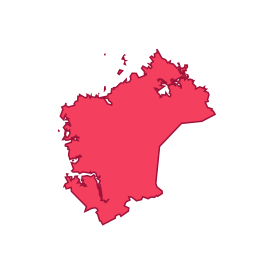 the district of Huon Valley, Tasmania, Australia, rotated 143°
{"feature_id": "25037944B40163460524303", "entity_name": "Huon Valley", "entity_type": "district", "adm_level": 2, "iso_a3": "AUS", "parent_name": "Australia", "parent_adm1": "Tasmania", "projection": "robinson", "projection_center": [146.517, -43.294], "detail": "fine", "context": "isolated", "style": "filled", "palette": "rose", "viewbox_px": 256, "rotation_deg": 143, "n_neighbors": 0, "source": "geoboundaries", "source_scale": "gbopen_adm2", "svg_char_len": 5906}
<svg xmlns="http://www.w3.org/2000/svg" viewBox="0 0 256 256"><g transform="rotate(143 128 128)"><path d="M50.2,86.5L49.7,90.1L50.7,91.9L49.3,92.6L52.1,96.5L50.8,102.1L47.9,101.0L47.3,102.9L43.3,105.9L42.7,108.2L44.8,111.4L41.9,111.8L43.6,113.6L42.2,114.9L44.1,114.8L46.0,117.7L50.5,118.5L48.9,120.6L49.6,124.7L47.0,126.1L48.3,126.8L47.6,127.6L49.0,129.6L49.7,130.0L50.1,129.7L50.8,129.8L50.7,132.6L53.8,132.4L52.8,134.2L56.9,136.1L58.3,134.5L60.0,135.2L61.1,133.8L59.7,132.7L60.0,131.1L61.3,130.3L60.1,129.8L62.0,127.4L60.7,129.3L62.4,130.7L62.7,133.7L64.3,135.7L64.4,133.4L64.7,133.3L65.2,135.6L68.0,137.1L71.2,136.6L71.8,132.8L74.0,131.0L73.5,129.0L75.5,127.7L76.5,128.9L76.5,133.5L78.2,131.7L80.8,134.2L82.2,132.6L83.9,133.1L82.7,134.5L83.2,139.2L81.4,139.6L83.0,141.6L82.7,143.7L80.8,141.5L81.0,139.6L73.7,139.4L76.6,142.6L74.9,142.6L74.0,144.2L72.7,141.9L71.8,141.5L71.0,141.7L72.3,144.9L72.2,146.9L73.0,147.2L73.0,147.6L73.3,147.6L73.3,148.0L75.5,147.3L75.2,148.6L73.3,148.1L71.7,146.6L70.0,141.2L71.3,141.1L70.5,138.2L66.6,136.7L65.8,137.6L64.6,136.0L65.0,137.4L61.2,136.1L60.9,136.4L65.3,139.7L64.2,140.9L62.6,140.0L63.5,138.7L62.2,137.9L53.6,136.5L54.1,135.7L51.4,134.0L49.9,137.2L51.8,137.0L52.3,139.9L52.8,140.1L53.1,139.8L53.4,139.9L52.4,144.6L51.0,143.6L52.3,141.3L50.2,138.3L49.1,139.0L50.0,139.5L49.3,140.6L47.0,138.9L46.1,140.9L44.2,140.6L42.8,142.5L44.5,144.0L46.3,142.5L48.5,142.7L50.1,144.8L49.4,146.1L52.9,146.7L53.3,151.7L55.6,154.6L54.0,156.0L57.1,156.1L56.9,160.0L58.9,163.3L57.5,173.6L59.2,170.6L62.5,171.2L63.8,168.6L65.2,168.9L65.8,171.2L67.8,171.2L67.8,165.8L70.3,166.1L71.3,164.9L72.7,166.5L72.0,162.6L72.8,162.1L74.3,161.9L74.6,164.6L76.7,163.8L78.8,168.4L81.2,167.5L81.0,163.0L82.9,160.5L80.9,160.3L81.8,159.5L89.3,161.6L88.5,166.6L91.6,169.2L95.3,167.8L96.3,165.3L98.8,164.0L101.8,165.2L102.0,166.9L102.1,165.0L102.5,167.6L105.0,166.9L106.9,168.4L113.1,167.5L115.3,168.9L115.9,167.6L117.5,169.1L120.5,165.8L123.5,167.0L124.9,165.7L132.0,169.0L126.1,163.6L126.8,161.3L125.8,157.9L127.2,156.2L129.7,159.5L129.3,165.9L133.5,170.1L132.5,172.0L133.9,171.7L133.7,173.2L135.7,172.1L138.5,175.1L137.9,176.2L140.2,174.8L139.5,177.6L140.5,179.5L141.8,177.4L143.9,177.7L146.5,183.7L147.2,182.5L148.9,183.5L151.9,179.9L154.0,180.8L156.4,179.8L157.0,178.3L163.1,180.7L164.1,183.3L162.5,185.3L164.9,183.7L168.3,184.6L168.7,182.1L175.0,178.1L174.4,173.2L171.7,175.4L168.6,176.6L171.2,175.4L170.5,172.7L172.7,172.1L171.1,170.7L170.5,170.8L170.2,171.1L169.2,171.4L170.4,170.7L170.8,170.6L172.3,164.5L173.6,164.2L172.6,164.7L173.7,167.1L172.7,168.3L174.5,169.5L175.4,166.9L175.0,168.3L179.2,167.3L179.4,163.8L182.5,160.9L182.4,159.9L178.0,163.9L178.0,161.6L176.0,161.4L177.8,158.3L181.8,156.8L183.1,157.8L182.9,159.8L185.7,158.6L185.0,155.7L183.2,154.5L180.1,153.3L178.7,154.2L177.1,153.3L178.3,153.1L177.8,152.1L174.3,153.2L175.0,151.8L173.2,150.8L173.0,148.9L173.3,150.8L174.6,151.0L175.4,152.1L175.4,148.1L178.5,151.2L178.9,153.3L181.9,150.8L187.8,152.6L188.9,151.4L187.1,149.1L188.8,147.4L187.7,146.1L191.6,142.3L193.3,137.8L189.8,137.0L188.0,134.7L186.5,136.3L183.6,134.6L182.7,135.6L183.2,134.0L181.7,133.7L183.0,133.3L186.0,135.0L185.8,132.9L187.1,131.8L191.5,131.2L194.1,134.5L196.2,127.9L198.8,127.6L198.4,125.9L194.5,123.2L194.1,120.8L190.4,120.0L185.8,115.2L184.3,115.6L184.9,113.9L181.8,113.4L180.8,111.2L182.2,107.8L180.5,105.9L178.9,106.9L180.2,105.6L183.0,106.1L181.9,102.7L184.6,101.1L184.4,99.5L189.5,89.7L191.5,87.2L192.8,86.6L190.3,84.2L189.8,82.6L190.0,81.9L185.8,82.9L190.1,81.8L191.1,83.0L190.4,84.1L193.1,86.5L191.6,87.5L191.0,91.5L188.5,95.1L188.1,98.4L185.2,104.1L184.8,108.4L183.4,109.1L183.5,111.1L186.9,111.2L189.2,114.4L193.7,116.9L196.6,113.9L195.0,113.2L197.0,111.6L196.3,110.0L196.6,109.3L196.1,108.1L196.4,107.5L196.2,107.1L196.2,106.8L198.1,107.7L197.4,109.1L200.0,110.4L198.0,110.8L199.5,112.5L199.0,113.9L201.1,114.5L197.8,115.8L198.7,119.0L197.3,120.0L199.3,121.3L201.8,119.8L204.6,121.0L205.5,119.5L204.3,124.5L207.6,126.4L208.5,120.6L212.1,121.0L214.1,119.8L213.1,119.6L213.9,116.6L209.2,114.7L211.3,111.5L208.5,90.3L212.7,87.2L205.2,85.6L202.1,84.0L201.3,82.0L201.8,80.1L204.3,79.9L204.2,77.2L206.5,70.9L205.7,70.1L206.3,66.0L192.4,63.7L190.9,65.3L187.8,64.8L186.4,63.7L186.8,61.7L177.8,61.4L175.5,63.6L177.8,68.0L174.0,70.2L169.8,69.3L168.9,72.6L166.5,70.3L165.1,64.8L160.3,62.7L157.6,64.3L154.5,59.4L151.1,59.0L148.6,56.7L145.7,56.8L145.5,55.6L140.1,55.1L138.7,57.2L140.4,63.6L139.0,67.2L113.9,94.3L82.5,99.5L64.9,88.9L50.2,86.5ZM102.9,176.1L97.8,177.0L99.6,179.4L103.2,177.7L102.9,176.1ZM91.1,186.7L89.8,185.1L88.7,187.8L91.1,186.7ZM185.7,99.3L187.4,96.8L186.8,98.9L186.6,98.9L186.9,99.0L187.4,98.3L188.2,94.9L185.7,99.3ZM189.7,89.6L188.7,92.7L189.4,92.4L190.0,91.6L190.9,89.6L191.1,88.7L189.7,89.6ZM189.5,92.7L188.2,93.5L187.7,94.8L189.5,92.7ZM122.8,172.6L121.3,175.3L123.9,172.3L122.8,172.6ZM91.9,180.4L91.3,182.2L92.5,181.5L91.9,180.4ZM203.3,121.4L202.3,123.0L202.8,123.4L203.3,121.4ZM203.8,127.6L204.6,128.2L205.1,126.8L204.9,126.7L203.8,127.6ZM48.4,149.3L49.2,149.5L49.3,147.5L48.9,147.7L48.4,149.3ZM190.4,135.2L191.6,135.5L191.7,135.0L190.4,135.2ZM186.1,100.2L186.0,101.6L186.8,99.1L186.6,98.9L186.7,98.5L186.1,100.2ZM100.5,167.2L100.1,168.0L101.5,167.6L100.5,167.2ZM49.2,133.5L48.4,134.3L48.8,134.9L49.2,133.5ZM185.2,167.4L184.8,166.4L185.0,167.6L185.2,167.4ZM89.2,183.2L89.8,183.9L90.1,183.4L89.2,183.2ZM102.2,200.7L102.9,200.9L102.4,200.5L102.2,200.7ZM182.0,159.2L182.6,158.6L182.4,158.7L182.0,159.2ZM48.8,132.9L49.3,133.1L49.0,132.6L48.8,132.9ZM130.2,173.2L130.5,173.2L130.9,173.0L130.2,173.2ZM186.8,157.8L186.7,158.2L187.1,158.0L186.8,157.8ZM182.9,133.6L182.8,133.8L183.2,133.8L182.9,133.6ZM50.9,137.9L51.0,138.0L51.2,137.6L50.9,137.9ZM86.6,188.2L86.1,188.5L86.8,188.3L86.6,188.2ZM54.6,135.3L54.4,135.5L54.9,135.4L54.6,135.3ZM186.2,101.6L186.2,101.9L186.2,101.5L186.2,101.6Z" fill="#f43f5e" stroke="#9f1239" stroke-width="1.5"/></g></svg>